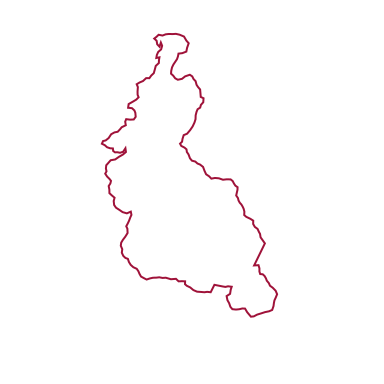 Mirim Doce, Santa Catarina, Brazil (Robinson projection), rotated 50°
{"feature_id": "56859067B1000526866596", "entity_name": "Mirim Doce", "entity_type": "district", "adm_level": 2, "iso_a3": "BRA", "parent_name": "Brazil", "parent_adm1": "Santa Catarina", "projection": "robinson", "projection_center": [-50.194, -27.174], "detail": "fine", "context": "isolated", "style": "outline", "palette": "rose", "viewbox_px": 384, "rotation_deg": 50, "n_neighbors": 0, "source": "geoboundaries", "source_scale": "gbopen_adm2", "svg_char_len": 3337}
<svg xmlns="http://www.w3.org/2000/svg" viewBox="0 0 384 384"><g transform="rotate(50 192 192)"><path d="M75.9,98.9L72.4,99.0L67.8,98.2L63.5,100.4L60.5,102.7L58.6,105.3L56.1,108.1L54.3,110.8L53.2,114.0L50.1,116.5L50.3,119.4L50.2,122.3L53.4,121.9L56.5,123.7L59.8,123.5L57.5,119.8L60.8,120.9L62.9,124.0L63.0,127.9L64.4,130.8L66.4,133.2L67.9,130.4L69.8,132.6L71.9,134.5L72.1,138.7L74.5,142.1L76.4,144.9L76.6,148.4L77.4,151.5L75.3,153.9L75.5,158.2L74.4,161.8L73.9,165.1L76.8,166.0L80.0,169.1L82.6,171.2L85.1,172.0L85.4,175.3L84.8,179.1L83.9,184.0L86.4,186.8L89.2,184.1L92.5,183.7L94.9,184.5L98.2,186.8L99.0,190.0L96.8,192.9L93.9,195.6L95.2,198.0L98.3,199.8L97.2,204.2L97.7,206.8L98.1,210.2L96.5,213.1L95.8,216.8L97.1,221.2L97.0,225.0L95.8,227.4L97.1,230.0L100.1,228.7L103.1,228.3L105.9,226.6L107.8,224.6L109.9,226.0L112.1,225.5L113.7,223.5L115.7,221.9L116.9,218.9L115.7,214.9L118.9,216.9L118.9,220.9L118.1,225.3L117.7,229.9L115.4,233.9L116.0,237.7L116.4,240.5L118.6,242.8L121.2,244.2L122.2,246.7L125.6,247.1L129.0,246.8L131.4,246.9L133.0,249.1L133.9,252.0L137.1,253.8L139.8,256.0L143.1,255.6L146.6,255.0L148.6,257.8L151.9,260.0L155.2,260.3L159.1,259.1L162.8,258.1L166.5,255.6L167.7,251.5L170.6,253.1L171.8,255.6L173.5,258.6L174.8,261.4L176.0,264.4L178.6,265.1L182.0,267.7L183.4,272.0L184.2,275.6L185.3,278.8L187.4,281.1L191.0,282.2L193.4,284.8L196.8,285.7L199.7,285.4L202.0,284.1L205.0,285.3L208.4,285.8L211.9,285.3L215.3,283.7L218.3,284.0L220.8,284.8L224.0,285.4L227.6,284.0L229.9,283.0L231.1,279.9L232.6,277.0L234.8,274.2L236.3,271.9L238.9,269.8L240.8,267.2L245.3,264.2L248.2,260.1L251.8,259.7L253.9,257.0L256.0,254.7L258.1,256.6L260.4,256.3L264.0,254.7L268.0,254.0L271.6,252.2L274.5,249.2L276.8,246.9L278.2,244.6L280.8,242.1L277.5,234.5L281.0,231.7L284.1,229.2L286.2,227.4L287.4,225.0L290.1,222.5L291.7,225.1L294.5,228.3L294.0,232.4L297.7,234.4L301.0,235.0L304.6,236.4L307.7,236.4L310.3,233.9L312.1,231.3L313.6,228.3L315.4,226.3L319.5,227.0L325.4,227.0L327.0,224.6L327.8,220.9L329.5,216.9L331.0,213.2L332.9,209.7L333.9,206.4L331.8,202.9L329.6,200.5L328.0,198.5L326.8,195.9L325.0,192.5L321.4,191.4L317.2,191.7L313.9,192.5L311.2,191.7L308.0,191.7L305.8,190.9L303.0,190.4L300.5,190.7L298.7,192.5L296.3,191.5L293.8,189.4L290.8,188.1L288.2,191.6L278.2,169.2L274.7,168.9L270.8,168.6L267.8,166.8L265.6,166.4L262.4,165.5L259.1,166.3L255.8,165.7L253.3,163.5L250.1,164.5L245.9,166.4L243.2,166.8L240.7,164.5L238.0,163.2L235.7,162.6L233.3,162.2L230.9,162.3L228.4,161.8L226.2,160.7L223.1,160.4L221.1,157.8L219.6,155.8L217.6,154.0L215.0,154.7L212.4,154.4L209.8,153.8L207.2,154.3L204.7,157.1L202.5,160.4L198.8,162.6L196.0,165.4L194.2,168.6L191.0,168.8L187.5,169.8L183.8,168.8L179.9,167.4L176.1,168.2L173.7,169.5L170.8,169.9L168.0,171.9L164.9,171.9L161.0,170.5L158.0,170.2L155.8,168.8L153.2,169.2L149.8,170.6L147.3,170.1L147.1,167.3L145.2,165.1L143.1,161.8L144.2,158.3L143.4,153.7L142.2,149.4L140.4,145.5L138.5,142.5L135.6,139.9L133.5,137.0L132.2,134.5L132.6,131.5L131.0,129.2L130.5,125.7L127.6,122.9L124.8,124.2L122.0,122.2L118.7,119.9L115.3,119.9L112.8,119.6L109.4,118.0L106.5,118.2L103.6,117.5L100.8,118.3L99.0,122.9L98.9,126.9L96.9,130.7L94.1,131.8L90.8,131.6L87.9,132.0L85.9,130.1L83.7,127.2L82.4,124.3L81.5,121.2L80.6,118.1L79.1,115.6L77.3,113.4L79.4,110.2L80.8,106.1L78.4,103.1L75.9,98.9Z" fill="none" stroke="#9f1239" stroke-width="2"/></g></svg>